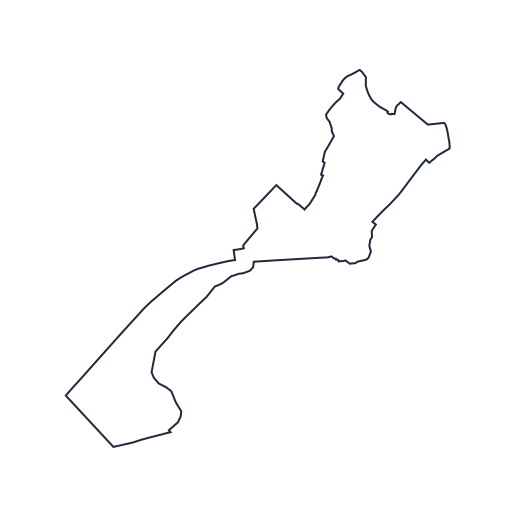 Cernica, Ilfov, Romania (Mercator projection), rotated 263°
{"feature_id": "2599482B98677359077398", "entity_name": "Cernica", "entity_type": "district", "adm_level": 2, "iso_a3": "ROU", "parent_name": "Romania", "parent_adm1": "Ilfov", "projection": "mercator", "projection_center": [26.279, 44.424], "detail": "fine", "context": "isolated", "style": "outline", "palette": "slate", "viewbox_px": 512, "rotation_deg": 263, "n_neighbors": 0, "source": "geoboundaries", "source_scale": "gbopen_adm2", "svg_char_len": 2771}
<svg xmlns="http://www.w3.org/2000/svg" viewBox="0 0 512 512"><g transform="rotate(263 256 256)"><path d="M428.1,381.6L427.5,380.2L424.6,373.0L424.0,370.8L422.9,367.8L421.4,365.5L420.1,364.1L419.4,363.4L419.1,363.1L418.9,362.8L417.9,362.1L415.4,360.0L413.5,358.5L411.9,357.9L407.2,361.8L406.6,362.4L406.4,362.3L401.5,358.1L400.1,355.8L398.3,353.4L395.8,350.5L393.9,348.4L392.4,346.9L391.7,346.2L390.4,345.1L389.6,344.4L388.7,343.5L387.6,342.7L384.3,343.0L380.1,345.4L375.6,346.3L373.7,346.7L370.0,346.5L365.5,348.0L360.8,344.5L355.7,340.7L351.1,337.1L341.8,333.7L340.2,335.5L328.8,330.5L327.7,332.4L325.4,330.9L323.7,330.0L323.1,329.8L313.9,324.7L313.0,324.2L311.0,322.8L309.4,322.3L301.9,316.2L300.2,314.5L298.5,312.2L296.2,309.9L302.5,304.2L302.9,302.9L311.6,295.4L323.9,284.8L319.2,279.1L306.9,264.1L303.1,259.4L287.7,260.8L283.2,260.8L280.4,257.8L273.4,250.2L268.1,244.6L265.1,244.8L264.7,239.4L264.7,237.2L264.6,234.5L254.5,234.7L254.5,232.8L254.4,229.0L254.3,227.3L253.3,217.5L252.1,207.3L251.7,205.3L251.5,204.2L250.4,197.1L249.2,192.6L247.6,188.5L245.6,183.2L244.0,179.3L242.3,175.6L241.7,174.5L241.5,174.0L241.1,173.4L240.6,172.5L234.1,162.4L229.1,154.8L223.5,146.4L219.2,140.5L216.8,137.5L215.6,136.1L194.8,111.9L153.3,64.6L147.2,57.5L140.7,50.2L138.1,52.0L83.9,91.2L85.9,111.2L87.5,119.2L89.1,130.5L91.6,149.7L93.7,148.3L100.5,158.3L106.0,161.7L110.9,162.9L120.2,158.7L132.2,155.4L136.4,151.1L141.4,143.9L147.7,139.7L153.4,138.2L171.8,144.1L173.4,144.6L182.0,154.5L185.4,158.4L192.6,165.5L200.2,173.9L205.7,181.0L215.5,193.9L218.9,198.5L221.1,201.6L230.8,211.5L231.7,215.3L233.2,219.7L239.0,229.1L239.2,231.0L240.4,236.4L240.5,241.5L242.1,248.1L245.2,251.8L250.6,253.1L249.1,278.4L246.5,318.9L246.1,323.8L246.1,324.6L246.0,325.7L245.9,326.7L246.4,330.9L244.2,333.0L243.7,334.0L243.6,334.9L242.7,334.9L242.2,336.9L240.5,337.4L240.6,339.0L240.6,340.0L240.3,341.5L240.7,344.2L236.9,348.2L236.9,350.0L236.9,351.2L236.7,353.4L238.0,356.3L238.3,358.6L238.5,360.9L238.6,362.3L239.1,365.5L240.8,367.7L241.1,367.8L246.4,370.6L252.3,369.7L258.2,371.5L260.8,373.5L266.7,373.9L269.0,375.7L272.6,378.8L273.4,378.0L275.7,375.7L276.5,376.6L279.6,380.2L283.4,385.0L287.4,390.2L291.6,395.9L292.1,396.4L298.9,404.5L300.5,406.3L302.7,408.4L306.0,411.6L311.9,417.2L322.9,427.9L323.6,428.5L324.2,429.1L325.1,430.0L331.0,436.4L327.4,439.3L328.1,440.3L329.5,442.6L331.7,446.0L333.4,448.1L339.1,461.3L344.2,461.8L356.0,461.2L361.3,460.6L364.3,459.7L365.2,458.8L365.4,445.9L365.5,442.5L391.1,418.5L387.9,414.1L386.0,412.8L384.2,412.2L379.9,410.7L380.5,408.0L380.1,407.4L380.6,405.5L382.0,403.9L383.3,404.5L385.1,402.4L389.2,396.7L394.1,392.0L397.1,389.8L401.6,387.9L406.4,386.6L411.7,385.7L420.1,386.9L425.8,383.6L428.1,381.6Z" fill="none" stroke="#1e293b" stroke-width="2"/></g></svg>